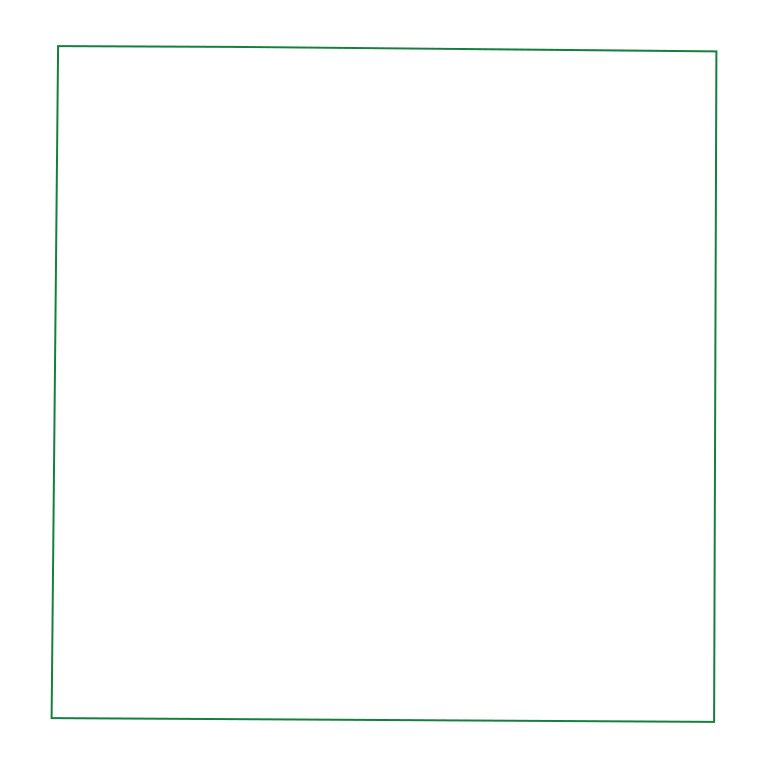 the district of Fisher, Texas, United States of America
{"feature_id": "52423323B51130731271508", "entity_name": "Fisher", "entity_type": "district", "adm_level": 2, "iso_a3": "USA", "parent_name": "United States of America", "parent_adm1": "Texas", "projection": "robinson", "projection_center": [-100.464, 32.743], "detail": "fine", "context": "isolated", "style": "outline", "palette": "green", "viewbox_px": 768, "rotation_deg": 0, "n_neighbors": 0, "source": "geoboundaries", "source_scale": "gbopen_adm2", "svg_char_len": 192}
<svg xmlns="http://www.w3.org/2000/svg" viewBox="0 0 768 768"><path d="M58.1,46.1L51.6,718.1L714.1,721.9L716.4,51.4L233.9,46.9L58.1,46.1Z" fill="none" stroke="#15803d" stroke-width="2"/></svg>